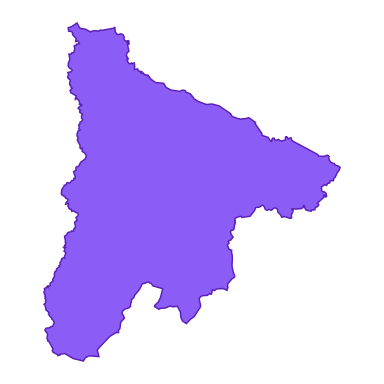 outline of Dak Mil, Đắk Nông, Vietnam
{"feature_id": "81297802B8433513238207", "entity_name": "Dak Mil", "entity_type": "district", "adm_level": 2, "iso_a3": "VNM", "parent_name": "Vietnam", "parent_adm1": "Đắk Nông", "projection": "mercator", "projection_center": [107.656, 12.52], "detail": "fine", "context": "isolated", "style": "filled", "palette": "violet", "viewbox_px": 384, "rotation_deg": 0, "n_neighbors": 0, "source": "geoboundaries", "source_scale": "gbopen_adm2", "svg_char_len": 5787}
<svg xmlns="http://www.w3.org/2000/svg" viewBox="0 0 384 384"><path d="M68.1,27.8L68.8,31.3L71.3,31.5L72.4,32.4L72.6,34.7L76.2,38.6L75.6,41.5L78.0,41.1L79.5,43.3L78.9,43.9L76.8,44.0L76.2,45.3L74.8,45.4L74.2,46.0L74.8,48.7L73.8,52.3L73.0,52.9L71.7,52.9L71.0,54.3L68.9,54.1L69.9,59.7L68.5,62.4L68.1,65.7L69.3,68.0L71.7,69.4L72.1,70.4L71.2,71.7L67.8,72.5L68.6,74.5L67.6,77.4L68.5,78.6L70.4,80.0L69.7,82.7L69.7,84.9L70.7,85.5L71.1,87.6L72.1,88.3L70.1,90.4L70.8,92.7L76.3,95.9L75.3,98.4L75.4,99.4L76.6,98.5L77.4,98.9L78.7,100.3L79.8,103.2L79.4,104.2L80.3,104.6L81.2,104.2L81.9,105.1L81.7,105.6L80.3,105.9L78.1,108.1L80.4,110.5L79.7,111.1L79.7,112.2L82.5,114.4L81.6,115.5L81.5,118.1L82.8,119.5L81.6,121.4L80.1,122.1L79.7,124.1L78.6,125.1L79.3,127.0L78.7,128.7L80.1,129.9L78.1,130.9L77.0,134.1L77.1,136.2L78.2,137.4L77.3,140.1L80.0,145.3L80.0,147.9L80.7,148.7L82.4,148.2L82.1,151.3L84.6,153.0L86.4,155.7L85.3,158.9L80.6,162.3L78.6,166.3L76.8,166.7L75.8,167.8L76.0,170.3L73.6,171.6L75.4,177.4L75.1,178.1L73.9,178.2L73.8,180.1L71.8,180.6L69.7,183.0L66.9,182.7L66.1,184.9L64.2,185.2L64.1,186.2L61.9,189.3L61.3,193.1L61.8,194.9L64.6,196.5L65.9,198.3L67.9,199.3L67.7,200.9L66.1,202.8L65.7,204.2L68.3,203.5L68.7,204.1L67.9,206.0L69.3,209.0L71.1,209.3L71.7,211.4L73.6,211.0L76.1,212.6L77.9,213.0L78.3,214.6L78.0,215.7L76.0,217.4L77.0,220.3L76.4,221.1L75.3,221.3L74.7,222.5L75.5,227.0L73.7,229.2L73.7,230.9L73.0,231.2L71.8,230.8L71.0,231.7L68.3,232.4L67.3,233.1L66.8,234.6L64.5,236.3L65.4,240.4L65.3,242.7L65.9,243.1L65.4,245.1L64.6,245.2L64.4,245.8L65.6,247.1L63.6,247.4L64.9,248.8L64.7,250.3L64.0,251.1L65.9,252.8L64.3,257.1L64.7,258.0L63.2,257.9L61.5,258.9L61.5,260.5L59.9,262.6L60.4,264.6L59.0,265.6L59.6,266.5L56.6,268.8L56.2,270.9L54.7,272.0L54.3,274.7L54.6,275.9L53.8,277.8L52.9,278.6L53.0,280.9L50.1,283.3L50.2,285.5L49.4,286.0L48.0,285.9L48.1,286.9L47.6,286.5L47.5,287.3L46.6,287.0L46.2,287.9L45.3,288.0L44.4,288.7L44.7,290.8L43.9,291.8L44.4,292.7L44.3,293.9L45.3,295.0L44.9,296.1L45.5,297.0L44.9,298.1L46.2,300.0L45.4,300.9L45.7,302.2L45.4,303.1L44.0,304.3L45.0,305.2L46.0,310.0L48.9,312.4L48.4,314.0L50.3,316.8L51.9,318.2L51.8,319.0L53.0,320.1L54.3,322.5L52.8,326.1L50.7,326.8L49.5,327.8L46.4,328.1L45.3,329.1L45.0,330.5L47.6,333.9L47.0,338.8L47.9,339.8L47.7,341.0L49.2,341.8L52.9,348.8L52.3,350.9L53.1,352.3L57.4,354.5L57.8,355.6L60.2,354.9L60.2,354.2L64.9,353.6L73.1,358.5L83.4,361.0L85.3,357.8L89.2,355.8L98.9,356.6L97.3,350.1L98.5,348.3L109.9,336.3L116.3,332.4L118.5,332.7L118.5,330.2L119.9,328.6L120.7,322.3L124.4,318.2L123.2,315.0L122.0,313.6L122.5,311.2L125.3,308.9L128.9,307.9L130.5,306.4L130.6,303.7L131.3,302.4L131.6,299.4L133.6,297.9L134.8,295.1L139.4,289.6L142.3,283.7L145.1,283.3L146.3,282.4L148.6,281.9L149.4,282.9L151.1,283.3L153.0,285.9L162.7,288.7L160.5,297.5L158.3,302.0L154.7,305.4L154.5,306.5L158.7,309.2L160.8,308.3L166.0,307.9L169.5,306.1L172.9,306.8L177.4,306.3L180.4,312.0L181.0,317.8L182.5,321.0L186.3,323.6L190.6,319.1L194.1,316.7L200.3,307.1L200.6,305.2L199.3,299.9L199.4,298.2L200.5,296.6L202.9,295.6L207.3,295.4L209.6,293.4L210.8,294.3L211.5,294.1L212.4,289.7L214.4,290.6L216.6,288.9L222.6,288.6L224.8,289.1L227.0,290.4L227.9,287.4L227.5,284.7L227.8,283.7L232.3,278.5L234.4,277.4L234.7,276.0L233.0,271.4L232.0,265.9L232.4,258.2L232.1,254.3L231.5,253.0L231.7,250.3L228.6,249.1L228.8,248.2L227.4,245.7L228.0,244.0L229.0,243.2L228.2,241.3L230.8,240.0L233.1,237.2L230.9,233.8L230.5,231.8L231.4,230.4L233.1,230.1L233.7,229.4L234.3,227.8L234.4,225.5L235.1,223.7L234.8,223.0L235.3,222.4L234.7,221.3L235.3,220.7L234.7,219.7L235.3,218.4L236.9,217.3L240.1,216.4L241.0,216.5L241.9,217.4L250.0,216.3L254.6,210.5L255.6,207.8L256.6,207.3L259.3,207.2L262.3,205.2L263.9,206.1L265.4,209.4L267.0,210.3L269.1,209.4L271.4,210.3L274.1,208.0L275.6,208.0L277.5,209.3L277.8,212.0L280.7,215.0L281.6,217.1L282.4,217.3L284.1,216.5L290.4,218.4L291.6,217.9L291.4,214.7L292.9,211.7L293.1,210.2L291.9,209.2L292.2,208.6L295.8,209.1L301.1,208.6L303.1,207.6L303.6,205.6L304.1,205.5L305.4,209.2L306.4,210.2L311.1,211.2L311.8,210.0L314.8,209.8L315.5,207.4L317.3,206.7L318.6,205.3L318.7,204.4L317.5,203.5L317.7,202.8L324.0,197.2L323.8,195.2L324.5,195.2L325.8,196.9L326.6,196.4L326.1,193.4L324.3,191.8L322.6,191.8L321.9,191.0L321.3,187.2L324.6,184.7L326.6,185.4L327.5,183.5L329.6,183.0L330.4,180.7L333.4,180.7L333.8,178.4L335.2,177.2L337.3,172.5L339.1,170.4L340.1,167.3L338.2,166.0L335.0,165.0L334.1,163.4L333.1,163.4L330.8,162.3L329.5,160.4L328.6,157.7L329.1,156.6L328.4,155.7L326.9,155.2L324.6,156.3L318.6,156.2L317.7,154.5L316.6,153.9L293.1,141.3L291.8,140.2L290.9,137.7L288.3,138.8L286.8,136.8L286.0,136.7L285.4,137.3L285.5,139.1L285.1,140.1L281.6,141.0L280.0,140.6L278.6,139.4L275.7,140.4L274.5,139.4L274.2,138.3L273.0,138.0L272.0,139.2L271.6,141.3L270.8,141.4L268.1,137.4L262.1,135.4L261.8,133.4L255.2,123.7L255.6,122.5L248.8,117.7L245.2,118.7L242.7,118.7L241.7,119.3L237.0,118.3L232.2,116.5L230.4,113.5L219.1,105.9L212.1,104.0L206.3,104.5L197.9,101.3L193.8,98.6L192.8,96.8L190.1,93.7L186.3,92.4L185.1,90.5L182.2,90.1L179.9,91.4L170.9,90.0L166.1,87.4L163.6,83.3L155.4,82.5L150.4,78.7L149.2,76.6L148.3,76.3L148.2,75.3L144.2,74.6L143.5,73.0L141.6,73.4L141.9,71.7L141.2,71.5L140.5,72.3L139.9,71.3L138.3,70.6L137.6,68.9L134.4,69.4L134.7,66.3L134.2,65.7L134.6,64.9L134.2,62.9L132.5,63.6L131.6,62.9L131.1,63.7L128.9,63.5L127.6,61.5L127.1,59.7L127.1,58.9L128.0,59.4L128.1,58.4L126.3,55.5L127.1,52.9L128.9,51.3L127.2,42.8L127.3,42.0L127.8,41.8L128.3,44.1L129.0,44.1L128.9,41.2L128.3,40.6L125.7,41.2L124.6,40.3L124.0,38.6L124.1,36.7L122.9,34.6L120.7,33.8L118.2,34.6L116.5,33.7L115.4,31.9L114.8,27.5L114.2,27.5L113.7,28.2L101.9,30.4L100.4,30.0L99.0,31.0L94.2,30.7L91.5,31.3L90.7,32.0L85.2,29.1L80.7,28.5L79.3,27.4L77.0,23.0L71.6,26.6L68.1,27.8Z" fill="#8b5cf6" stroke="#5b21b6" stroke-width="1.5"/></svg>